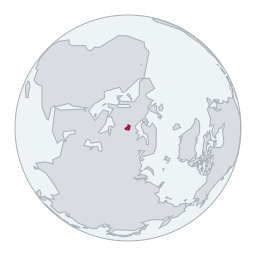 Brest on an orthographic globe, rotated 132°
{"feature_id": "BLR-2338", "entity_name": "Brest", "entity_type": "Region", "adm_level": 1, "iso_a3": "BLR", "parent_name": "Belarus", "parent_adm1": "", "projection": "orthographic", "projection_center": [25.618, 52.455], "detail": "fine", "context": "on_globe", "style": "filled", "palette": "rose", "viewbox_px": 256, "rotation_deg": 132, "n_neighbors": 0, "source": "natural_earth", "source_scale": "10m", "svg_char_len": 11325}
<svg xmlns="http://www.w3.org/2000/svg" viewBox="0 0 256 256"><g transform="rotate(132 128 128)"><circle cx="128" cy="128" r="113" fill="#eef3f6" stroke="#a8b0b8"/><path d="M63.1,36.0L67.0,33.3L64.6,34.9L67.8,32.8L71.1,30.8L76.5,27.9L85.1,24.6L90.8,25.1L87.6,26.0L89.3,26.3L93.5,25.2L95.8,24.5L107.4,25.5L121.1,24.9L125.3,23.3L124.5,25.0L132.5,21.3L139.8,21.1L131.5,22.3L130.7,23.2L135.7,23.3L136.0,24.3L138.5,25.1L138.4,26.3L133.5,27.2L133.3,28.1L136.9,28.2L139.0,29.7L133.8,29.4L136.9,32.0L129.4,34.4L115.6,33.4L111.4,36.5L97.1,40.6L98.4,41.6L93.8,44.0L93.6,46.2L91.0,46.5L93.1,48.0L95.5,47.3L97.2,47.8L97.3,49.0L94.0,49.6L93.5,49.1L92.6,49.9L90.9,49.7L91.8,50.5L87.8,51.2L91.9,52.5L88.8,54.7L86.1,54.6L86.3,52.1L80.5,46.4L77.8,46.0L73.9,47.7L66.7,56.0L63.9,56.7L60.0,59.5L61.6,60.2L65.2,58.2L67.3,60.4L71.4,58.0L72.9,58.6L77.2,57.4L76.6,60.4L73.7,64.0L70.1,65.3L68.8,67.0L72.3,68.2L65.6,73.1L61.4,81.0L59.7,82.1L56.2,79.6L56.0,73.2L51.5,70.8L54.5,75.3L50.1,78.3L49.4,80.2L49.7,81.8L51.4,81.9L49.9,83.6L46.4,79.6L47.7,77.9L48.8,79.2L48.6,76.3L46.2,74.0L44.2,75.9L42.7,71.0L41.3,72.4L40.1,72.2L42.5,70.3L38.1,73.8L36.1,70.0L30.0,76.5L35.9,68.1L37.9,64.4L39.9,60.6L38.9,61.6L42.8,55.8L44.1,53.3L41.4,55.9L48.1,48.6L55.3,42.0L63.1,36.0ZM33.1,67.3L33.4,67.0L31.3,70.8L29.9,72.7L33.1,67.3ZM26.8,78.5L25.3,81.8L24.8,82.8L26.8,78.5ZM19.2,98.7L19.3,98.8L18.9,102.0L17.7,105.9L18.4,105.1L17.5,109.6L17.4,119.1L17.1,119.2L16.9,132.0L18.6,143.1L19.0,148.1L18.6,148.9L19.6,152.5L19.6,153.8L25.6,168.3L30.1,177.8L30.9,181.8L29.1,181.2L30.4,184.2L26.6,177.1L23.4,169.7L20.7,162.2L18.5,154.4L16.9,146.5L15.9,138.6L15.4,130.5L15.5,122.5L16.2,114.5L17.4,106.5L19.2,98.7ZM28.5,78.1L23.9,89.9L24.9,85.3L25.0,85.7L26.5,82.2L28.8,76.9L30.2,73.3L28.5,78.1ZM30.0,78.7L30.7,77.0L30.3,78.4L30.0,78.7ZM96.7,24.1L93.5,25.1L89.7,25.8L92.4,24.8L96.7,24.1ZM104.0,23.4L102.6,24.1L100.8,23.4L102.2,23.3L104.0,23.4ZM128.3,22.1L125.6,22.2L128.1,21.8L128.3,22.1ZM138.9,25.0L139.6,24.7L140.7,25.2L138.9,25.0ZM77.2,55.8L77.2,56.6L76.4,56.4L77.2,55.8ZM79.1,54.7L78.2,53.9L78.9,53.3L79.5,53.7L79.1,54.7ZM141.4,27.7L142.8,28.8L140.5,27.8L141.4,27.7ZM80.0,55.7L80.4,52.2L81.7,51.1L84.9,52.0L80.0,55.7ZM143.1,29.5L146.8,32.3L148.6,31.7L145.5,35.0L143.4,31.4L140.3,30.3L142.6,30.3L143.1,29.5ZM96.2,46.5L93.7,47.3L95.7,45.5L96.2,46.5ZM97.1,45.3L100.9,39.5L104.7,39.1L102.7,41.0L107.6,39.7L107.6,42.4L104.9,43.7L102.4,43.4L104.3,44.7L97.1,45.3ZM143.2,36.5L143.3,37.4L142.2,36.6L143.2,36.5ZM98.1,47.8L98.5,46.6L101.8,46.2L101.6,48.5L100.6,47.9L98.1,47.8ZM108.9,38.2L111.3,38.3L112.0,40.5L113.0,40.9L107.9,42.4L108.9,38.2ZM99.9,48.6L101.4,49.7L99.9,51.1L97.9,49.0L99.9,48.6ZM102.8,45.1L104.4,45.0L103.4,45.8L102.8,45.1ZM95.5,57.0L95.9,55.4L97.7,55.0L95.5,57.0ZM102.0,50.0L102.5,49.6L103.3,49.3L103.9,50.3L102.0,50.0ZM108.7,43.9L108.5,44.8L110.8,43.4L111.4,45.0L107.9,45.8L109.7,46.2L109.9,46.7L106.8,46.8L108.7,43.9ZM106.9,50.5L102.6,52.2L101.4,55.1L99.8,55.5L102.0,50.8L106.9,50.5ZM107.1,48.3L106.6,49.7L104.8,49.4L104.1,48.2L107.1,48.3ZM113.1,45.9L113.1,43.2L113.9,43.1L113.1,45.9ZM106.9,51.3L107.9,50.9L107.0,51.6L106.9,51.3ZM111.6,47.6L111.5,46.6L112.3,46.6L111.6,47.6ZM110.0,50.9L108.7,51.5L108.1,50.7L110.0,50.9ZM111.0,49.5L112.2,49.7L108.7,50.1L110.8,49.0L111.0,49.5ZM112.4,47.7L112.9,47.4L112.3,48.2L112.4,47.7ZM112.9,53.8L108.6,54.5L107.4,52.7L111.7,52.2L112.9,53.8ZM60.2,190.3L53.4,173.5L56.7,170.0L57.3,163.4L80.2,149.6L85.1,153.1L103.2,154.6L105.4,155.9L103.3,161.4L116.9,170.0L121.3,165.6L133.6,169.3L141.7,168.5L144.5,157.5L131.2,158.6L128.8,153.3L139.5,147.8L151.1,146.8L150.6,144.7L143.2,141.0L145.8,136.5L140.6,139.3L142.8,141.3L139.6,143.2L137.4,141.5L138.4,139.9L134.9,139.3L131.0,147.3L132.7,150.2L123.5,151.7L125.5,156.7L123.1,159.0L118.7,151.4L119.1,148.6L111.0,139.7L109.8,142.7L117.3,151.4L115.0,150.7L113.3,155.2L112.7,151.1L104.8,141.1L96.5,141.4L85.9,150.4L81.0,149.7L76.9,145.7L80.8,134.6L91.2,137.5L92.7,134.0L90.6,127.4L93.9,128.9L94.4,126.7L98.3,127.5L103.9,123.2L107.9,123.4L110.0,116.7L112.4,116.0L110.4,120.1L111.2,123.2L121.2,123.8L123.1,122.5L123.7,118.1L126.4,119.0L125.7,114.8L131.4,113.1L123.9,111.7L124.4,106.9L127.8,103.3L126.6,101.6L121.0,107.5L120.0,110.1L121.3,112.7L117.4,120.1L114.0,121.1L112.9,112.6L108.0,113.2L109.4,106.7L123.6,94.2L129.6,91.8L139.5,97.6L138.1,100.7L133.9,100.1L137.8,105.0L137.5,102.5L139.7,103.3L140.7,99.2L142.4,99.6L140.6,95.2L142.7,95.2L143.8,98.1L147.1,92.4L151.5,91.5L151.5,90.1L150.2,88.8L156.6,88.7L156.3,87.7L154.1,87.3L152.1,85.0L151.0,81.0L153.2,81.2L153.9,82.6L158.8,86.1L160.4,90.2L161.2,89.9L160.4,86.4L154.4,82.1L153.1,79.7L156.2,81.3L155.0,80.5L155.0,79.4L157.2,78.5L153.9,76.6L151.5,64.7L155.5,62.0L158.5,64.6L159.2,57.2L163.7,55.2L161.6,54.8L160.6,51.3L159.2,51.8L158.1,51.3L154.8,43.0L155.8,41.4L152.1,37.8L151.0,37.6L150.1,38.6L145.5,35.0L148.6,31.7L150.8,32.2L151.3,30.0L156.3,31.6L160.7,32.0L165.9,35.4L168.9,35.6L168.7,34.7L172.6,34.6L181.3,37.7L175.1,38.9L162.2,36.1L167.5,37.4L166.5,38.3L168.6,39.6L172.3,40.6L172.6,40.0L179.8,48.6L189.3,54.7L188.1,50.8L190.1,50.0L199.8,54.7L212.7,69.9L215.6,69.8L217.6,71.5L219.3,75.3L216.4,72.9L215.5,74.5L213.6,72.7L215.3,78.3L212.6,75.9L215.2,81.7L217.3,82.2L216.8,77.9L220.2,84.2L223.3,83.6L226.7,87.2L231.9,101.0L232.5,110.0L233.2,111.7L231.8,112.9L232.5,119.0L236.9,121.6L237.6,123.9L237.5,133.8L237.1,132.3L233.6,135.3L234.7,141.9L237.4,140.9L238.4,144.1L237.1,146.6L235.8,144.0L234.6,145.0L233.7,139.8L230.2,135.1L228.8,140.4L227.7,137.4L222.7,135.2L220.0,142.7L216.4,158.8L217.9,167.0L215.8,173.0L208.4,166.6L204.7,159.7L202.2,162.7L194.4,159.6L181.4,166.6L179.4,164.9L177.0,167.2L171.5,166.9L168.4,163.8L165.1,165.3L173.4,173.3L176.9,171.7L179.6,166.2L181.2,169.5L186.6,170.3L181.2,181.8L161.7,195.9L159.6,189.9L143.6,173.6L143.9,171.2L143.9,170.9L143.6,170.5L142.4,174.4L139.6,170.7L148.4,183.5L149.9,188.9L161.4,196.4L160.4,197.6L164.1,198.6L175.4,192.5L175.5,194.6L170.3,205.5L154.4,220.1L156.4,225.6L155.0,230.1L144.9,234.2L145.6,236.4L140.3,237.7L139.8,238.6L135.5,239.7L128.3,240.4L116.2,239.9L115.7,239.4L109.9,237.5L101.9,230.7L105.1,227.8L104.1,224.5L95.4,214.8L97.3,210.1L95.0,207.3L90.1,206.7L87.3,203.2L84.4,202.3L65.9,197.0L60.2,190.3ZM72.4,159.5L71.8,161.5L72.4,159.5ZM163.7,151.0L170.5,149.1L167.1,143.1L169.4,141.9L167.4,140.4L166.8,142.7L161.7,138.1L164.5,135.0L163.5,132.1L161.1,132.7L156.8,139.1L164.0,145.5L162.6,148.9L163.7,151.0ZM17.5,119.3L17.3,121.2L17.2,119.7L17.5,119.3ZM24.3,86.0L23.7,88.0L23.1,89.5L23.4,88.2L24.3,86.0ZM21.3,102.2L21.0,104.7L21.0,102.7L21.3,102.2ZM23.3,91.8L21.5,100.3L21.4,96.8L22.7,91.6L22.3,94.3L23.3,91.8ZM28.6,79.8L28.1,81.2L27.7,81.5L28.6,79.8ZM29.7,79.8L29.8,79.4L30.4,78.3L29.7,79.8ZM50.3,78.6L50.5,78.9L50.4,80.8L49.7,80.3L50.3,78.6ZM54.7,87.5L52.2,90.1L53.5,87.8L52.0,87.4L52.8,82.2L58.9,82.4L56.0,83.2L54.7,87.5ZM55.5,75.7L54.3,78.7L55.4,75.4L55.5,75.7ZM92.7,114.4L94.1,116.3L92.6,118.7L87.5,118.9L89.6,115.5L92.7,114.4ZM96.3,118.6L96.7,110.5L99.9,110.2L98.1,111.7L100.1,112.3L97.7,114.9L100.3,122.8L99.2,125.4L90.4,124.1L93.9,123.0L92.4,121.1L96.3,118.6ZM92.2,92.2L92.4,89.2L99.0,92.4L98.0,94.8L92.9,95.1L91.0,92.4L92.2,92.2ZM85.6,58.2L85.2,57.2L86.1,57.0L87.2,57.6L85.6,58.2ZM95.5,56.3L88.0,62.4L87.2,61.5L83.8,66.4L80.4,66.1L82.7,62.9L77.6,66.4L78.3,63.4L75.0,66.1L80.6,59.0L81.1,56.6L81.9,59.4L85.0,59.7L86.4,59.1L91.0,55.8L93.6,51.0L97.1,50.8L98.8,51.9L98.8,53.0L96.5,52.7L98.0,54.4L94.7,54.9L95.5,56.3ZM117.7,67.7L115.1,66.5L117.5,70.8L114.3,71.0L114.7,71.5L112.4,72.9L110.4,75.6L108.9,75.2L108.7,76.4L107.1,77.5L106.4,79.0L103.5,79.0L102.4,81.0L101.7,79.9L100.6,83.3L100.1,80.8L98.0,82.0L99.6,83.8L85.5,81.0L79.9,82.1L75.6,84.5L75.3,80.1L79.2,75.3L85.0,71.0L90.4,70.7L89.3,68.9L91.6,68.3L91.5,69.9L92.9,67.0L94.8,67.0L100.0,63.8L100.9,59.8L102.9,58.7L103.4,60.2L104.9,58.0L107.3,60.1L108.7,59.4L112.4,60.9L112.6,64.5L114.2,63.4L117.1,64.6L117.7,67.7ZM113.9,54.3L114.9,58.3L113.6,60.4L107.6,57.0L106.0,57.3L102.2,55.4L104.1,52.4L105.1,53.2L106.4,53.3L105.2,54.2L107.2,53.6L108.5,54.7L110.4,54.6L110.2,55.9L113.9,54.3ZM108.0,154.1L109.7,154.5L112.5,154.6L111.5,157.5L108.0,154.1ZM102.5,147.4L104.1,147.2L104.0,151.2L102.2,150.8L102.5,147.4ZM105.0,143.9L104.2,146.9L103.5,145.0L105.0,143.9ZM111.9,119.8L113.6,119.5L113.8,120.5L112.8,122.0L111.9,119.8ZM124.2,81.3L122.9,80.1L123.5,79.6L122.7,76.0L125.1,75.6L126.5,77.7L124.2,81.3ZM142.2,159.6L139.9,162.0L138.7,161.1L139.7,160.5L142.2,159.6ZM124.9,160.4L128.9,161.8L124.6,161.2L124.9,160.4ZM126.7,80.4L126.1,78.9L127.6,79.7L126.7,80.4ZM126.8,75.3L128.6,75.8L125.3,75.2L126.8,75.3ZM173.7,224.2L165.4,232.3L160.3,233.8L159.6,232.7L162.9,228.3L169.0,225.4L172.1,222.4L173.7,224.2ZM238.3,150.9L238.0,152.0L238.5,149.8L238.9,147.6L238.3,150.9ZM238.4,150.1L237.1,153.3L233.1,152.3L234.6,149.4L238.3,146.1L238.1,147.7L238.9,146.4L238.4,150.1ZM240.1,138.5L240.0,139.9L239.9,137.9L240.0,134.9L240.2,132.7L239.8,117.4L239.9,116.0L240.4,121.5L240.5,121.6L240.6,130.1L240.1,138.5ZM218.4,167.4L220.8,169.8L219.5,172.2L218.4,167.4ZM238.5,109.2L239.4,115.6L238.2,108.5L238.5,109.2ZM237.0,103.6L237.6,104.9L237.2,104.9L237.0,103.6ZM234.3,113.8L234.0,116.5L233.5,115.5L233.4,111.5L234.3,113.8ZM229.3,90.4L231.4,93.4L232.0,94.9L230.9,94.2L229.3,90.4ZM146.1,77.0L144.5,82.2L145.0,86.1L147.7,88.2L143.2,87.5L142.5,81.6L146.1,77.0ZM150.6,66.1L148.2,64.4L149.7,63.8L150.4,64.1L150.6,66.1ZM148.9,66.0L145.2,66.5L144.1,64.7L147.3,64.7L148.9,66.0ZM136.0,73.2L135.3,74.8L134.1,74.1L136.0,73.2ZM238.5,106.3L239.1,109.7L237.4,101.4L237.7,102.2L238.5,106.3ZM237.7,103.0L238.3,106.1L237.3,101.7L237.7,103.0ZM238.1,105.8L237.6,104.3L237.4,102.8L238.1,105.8ZM237.5,101.9L236.4,98.5L236.8,99.4L237.5,101.9ZM236.2,101.2L236.8,100.3L236.9,104.0L234.4,98.7L234.1,96.5L236.2,101.2ZM218.4,68.4L217.1,67.5L216.1,65.4L217.3,66.6L218.4,68.4ZM211.7,58.1L215.4,64.5L218.2,70.1L218.5,69.4L221.2,72.7L219.4,72.5L215.8,66.9L214.1,63.2L211.6,60.8L209.0,57.2L206.0,55.5L204.1,53.5L206.3,54.0L211.7,58.1ZM204.8,54.9L198.7,51.2L197.9,48.4L199.1,48.5L202.2,51.4L202.4,52.7L204.8,54.9ZM197.0,49.6L197.1,50.9L188.5,49.5L186.5,48.6L192.6,47.8L193.1,49.0L195.4,50.0L197.0,49.6ZM144.5,37.3L143.4,37.4L144.0,36.7L144.5,37.3ZM157.4,51.7L156.0,51.0L156.7,50.2L157.4,51.7ZM152.7,48.6L152.8,50.0L151.7,48.4L152.7,48.6ZM153.4,53.3L152.5,50.6L154.7,53.3L153.4,53.3Z" fill="#d9dde1" stroke="#a8b0b8" stroke-width="1"/><path d="M128.1,129.1L127.7,129.0L127.4,129.0L126.9,129.1L126.5,129.1L126.4,129.2L126.4,129.3L126.2,129.5L125.9,129.7L125.7,129.6L125.6,129.8L125.5,129.7L125.5,129.4L125.6,129.2L125.6,128.9L125.6,128.7L125.4,128.5L125.2,128.4L125.1,128.2L125.3,127.9L125.6,127.7L125.8,127.7L126.0,127.5L126.0,127.4L126.3,127.3L126.5,127.4L126.8,127.2L127.0,127.0L127.3,127.1L127.4,127.3L127.4,127.2L127.5,127.2L127.8,127.0L127.8,126.9L128.0,126.7L127.9,126.6L128.0,126.5L127.9,126.5L127.9,126.4L128.0,126.4L128.1,126.2L128.3,126.2L128.5,126.2L128.8,126.2L128.9,126.3L128.8,126.5L129.0,126.7L129.1,126.8L128.9,126.9L128.9,127.0L129.0,127.1L128.9,127.2L129.0,127.3L129.0,127.2L129.3,127.3L129.3,127.2L129.3,127.3L129.5,127.4L129.7,127.5L129.8,127.6L129.7,127.7L129.7,127.8L129.8,127.9L129.8,128.0L130.0,128.2L130.1,128.3L130.3,128.4L130.3,128.5L130.4,128.8L130.3,129.0L130.4,129.3L130.3,129.6L130.2,129.6L129.9,129.6L129.9,129.4L129.7,129.3L129.3,129.3L129.0,129.3L129.0,129.2L128.7,129.2L128.4,129.1L128.2,129.0L128.1,129.1Z" fill="#f43f5e" stroke="#9f1239" stroke-width="1.5"/></g></svg>